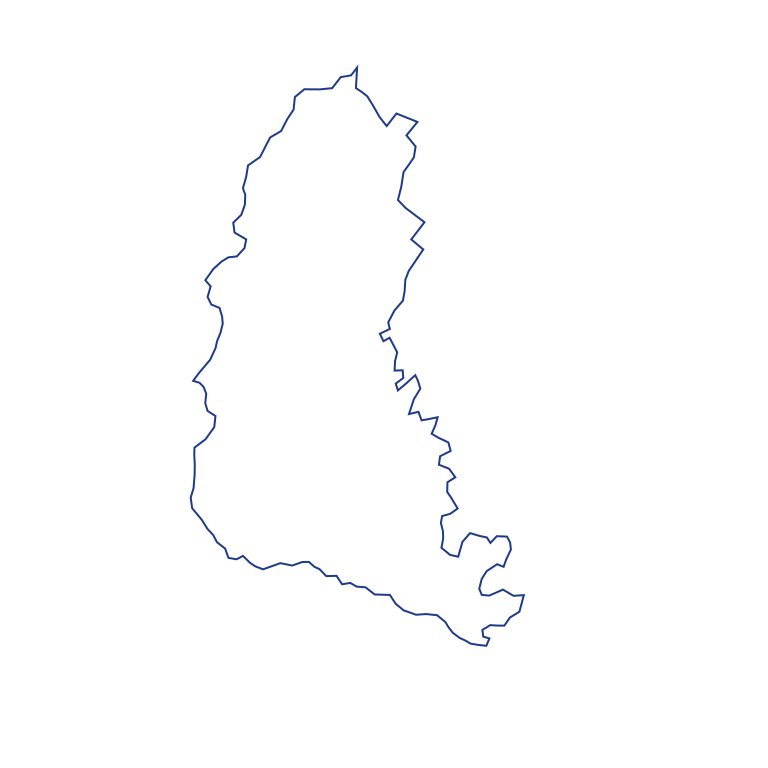 outline of Manfrinópolis, Paraná, Brazil, rotated 218°
{"feature_id": "56859067B18280238969622", "entity_name": "Manfrinópolis", "entity_type": "district", "adm_level": 2, "iso_a3": "BRA", "parent_name": "Brazil", "parent_adm1": "Paraná", "projection": "equal_earth", "projection_center": [-53.366, -26.105], "detail": "fine", "context": "isolated", "style": "outline", "palette": "blue", "viewbox_px": 768, "rotation_deg": 218, "n_neighbors": 0, "source": "geoboundaries", "source_scale": "gbopen_adm2", "svg_char_len": 2446}
<svg xmlns="http://www.w3.org/2000/svg" viewBox="0 0 768 768"><g transform="rotate(218 384 384)"><path d="M389.3,161.7L379.3,160.6L373.1,161.1L365.2,163.5L355.4,179.0L344.6,184.4L338.8,193.4L333.6,197.6L326.4,197.1L320.7,198.4L311.2,197.1L303.3,203.6L293.7,200.4L288.1,206.5L280.8,207.5L273.4,212.4L261.8,212.4L249.5,221.4L239.5,218.0L229.3,217.7L216.7,221.9L209.1,228.7L199.8,234.5L189.1,234.2L183.5,232.1L176.6,230.3L168.0,230.5L162.1,231.9L155.9,232.7L148.3,236.9L142.2,240.7L144.3,248.4L150.2,246.0L155.1,250.8L151.8,259.4L145.7,263.6L140.4,267.7L141.0,277.5L137.1,287.9L143.8,303.7L151.6,296.8L163.7,295.2L170.8,282.1L177.1,278.0L182.9,281.3L187.0,290.6L187.9,299.7L183.9,311.6L177.2,313.6L179.6,320.7L182.1,331.7L187.0,336.7L193.1,339.5L201.4,333.5L202.3,324.3L208.5,326.4L214.3,323.5L224.4,319.4L225.0,307.9L219.2,293.6L226.8,290.0L237.9,290.3L242.2,298.6L246.8,304.2L253.6,309.5L256.9,315.7L252.0,322.3L249.3,331.2L261.5,335.9L267.7,337.8L273.5,345.6L270.4,354.4L280.6,357.3L291.0,354.2L295.3,361.6L290.3,372.3L297.3,377.6L307.8,375.2L315.8,374.1L318.2,383.5L321.3,390.8L327.2,383.8L332.0,378.5L339.7,383.3L345.8,375.7L351.1,390.4L352.5,402.7L359.0,407.3L364.8,410.2L367.0,397.4L369.1,387.5L375.0,391.6L372.5,400.6L377.7,406.3L383.9,401.1L389.3,408.7L393.1,417.1L408.1,423.9L410.8,417.4L418.2,421.1L413.3,431.0L418.6,435.1L421.0,448.2L420.4,461.3L424.7,469.5L431.4,479.4L434.1,488.3L435.9,514.2L451.5,514.7L451.7,536.4L475.2,536.0L486.3,537.6L491.8,550.0L499.1,563.1L499.4,571.8L500.0,581.0L505.3,590.6L519.4,593.8L519.0,611.1L540.7,604.8L540.7,588.9L552.1,591.7L563.4,596.4L574.2,600.4L581.8,600.4L588.3,599.9L600.0,616.8L600.0,606.9L607.0,599.2L607.0,585.2L615.9,576.7L622.9,571.3L628.2,567.3L630.9,555.3L624.2,544.6L623.3,533.2L620.8,520.0L625.5,508.2L623.9,499.5L621.4,486.7L625.7,472.5L620.0,462.1L615.7,451.4L609.8,447.7L604.0,439.6L600.6,429.4L602.1,418.3L595.0,411.3L581.6,413.1L577.6,405.2L578.5,394.0L584.6,388.0L587.4,380.5L589.3,369.6L588.7,355.8L580.7,354.2L576.6,344.0L569.0,340.3L560.4,342.7L553.1,337.5L548.2,332.2L544.3,323.5L542.0,315.2L538.8,308.4L535.9,296.0L536.6,278.8L536.3,269.0L530.1,271.4L524.3,270.6L518.1,266.9L513.0,258.8L506.5,254.2L497.1,255.0L491.2,245.5L490.6,230.5L494.2,217.2L490.0,211.5L483.6,204.1L477.7,196.4L470.0,184.8L466.4,175.5L458.7,168.0L443.9,164.8L433.9,161.1L425.5,159.8L418.2,156.5L407.8,156.5L399.5,151.2L392.2,155.2L389.3,161.7Z" fill="none" stroke="#1e3a8a" stroke-width="2"/></g></svg>